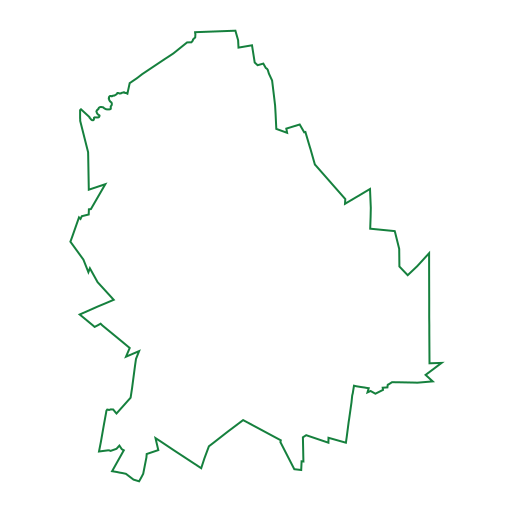 the district of Ures, Sonora, Mexico
{"feature_id": "50627088B76918192480292", "entity_name": "Ures", "entity_type": "district", "adm_level": 2, "iso_a3": "MEX", "parent_name": "Mexico", "parent_adm1": "Sonora", "projection": "robinson", "projection_center": [-110.452, 29.357], "detail": "fine", "context": "isolated", "style": "outline", "palette": "green", "viewbox_px": 512, "rotation_deg": 0, "n_neighbors": 0, "source": "geoboundaries", "source_scale": "gbopen_adm2", "svg_char_len": 4311}
<svg xmlns="http://www.w3.org/2000/svg" viewBox="0 0 512 512"><path d="M80.2,120.9L88.1,152.2L88.2,156.3L88.8,189.7L105.3,184.2L90.9,209.1L88.9,209.3L88.7,214.5L81.8,216.2L80.5,218.9L79.0,217.4L72.3,236.5L70.4,241.7L83.4,259.6L88.4,272.2L89.9,268.3L97.6,282.2L100.0,284.8L113.7,299.8L109.5,301.6L105.5,303.3L97.8,306.5L79.7,314.5L92.9,325.4L94.6,326.9L97.6,325.4L100.6,323.7L102.3,325.4L125.4,344.4L129.7,348.0L126.0,356.7L139.1,351.1L136.0,358.9L135.1,365.1L132.3,386.3L132.1,387.9L130.6,397.7L116.5,413.5L115.7,412.6L113.2,409.5L110.7,409.4L109.9,409.7L109.0,410.0L107.8,409.6L107.2,409.6L106.4,410.8L106.1,412.7L103.9,424.7L100.9,441.8L99.0,451.5L108.2,450.3L109.0,450.3L110.6,450.9L116.5,448.8L119.4,445.6L121.8,449.2L123.8,450.3L112.1,471.2L116.9,472.0L119.6,472.6L122.1,473.0L125.9,473.8L133.5,479.6L139.1,481.3L141.3,477.4L143.2,473.8L146.2,458.5L146.4,457.6L146.7,454.0L158.3,450.1L156.3,441.6L155.5,438.1L160.9,441.6L173.6,450.1L201.2,468.2L204.4,458.4L208.9,446.3L213.6,442.7L226.4,432.7L228.6,431.0L243.1,420.1L280.8,440.3L280.4,442.1L294.3,469.2L301.2,470.0L301.6,461.3L303.4,461.5L303.2,451.3L302.9,437.3L306.2,435.2L328.4,442.7L328.5,437.8L345.9,442.7L346.7,437.1L348.7,421.7L349.1,419.2L351.5,402.3L352.2,395.5L352.8,393.1L353.2,390.5L354.0,385.7L356.0,386.2L361.5,387.1L362.3,387.2L363.6,387.4L363.9,387.4L366.6,387.9L368.7,388.2L367.5,392.4L370.6,391.0L375.4,393.7L383.0,389.9L382.7,387.7L387.4,387.4L387.7,384.9L388.3,384.4L388.6,384.4L392.0,382.2L400.2,382.3L415.2,382.6L417.2,382.7L432.7,381.4L425.6,374.9L441.6,362.9L429.5,363.3L429.3,331.7L429.3,325.4L429.2,316.7L429.2,300.1L429.1,266.1L429.1,265.3L429.1,253.2L417.1,266.3L415.7,267.6L415.3,268.0L407.7,275.2L399.4,266.5L399.3,257.8L399.2,248.9L395.2,232.8L394.7,231.1L370.2,228.7L370.6,217.1L370.8,207.9L370.0,189.0L345.0,203.8L345.3,199.1L315.6,165.3L315.1,164.7L314.9,164.6L310.3,148.4L310.2,148.2L308.7,143.2L305.4,132.0L304.2,132.3L299.7,124.5L286.3,128.6L287.1,132.8L276.3,128.9L275.6,114.2L275.1,105.6L274.1,97.0L272.1,80.5L268.9,73.6L267.8,70.0L267.0,68.8L265.8,68.0L263.3,63.6L257.6,65.2L254.7,62.5L252.0,45.3L238.5,47.6L238.1,40.2L235.4,30.7L195.1,32.2L195.1,33.0L195.3,33.6L195.4,34.4L195.2,37.4L193.0,39.5L192.8,40.6L191.4,42.3L187.1,42.4L173.4,53.4L171.0,55.0L165.0,58.9L142.1,74.2L136.8,78.3L129.7,83.1L127.4,93.7L127.2,93.6L126.9,93.4L126.7,93.3L126.5,93.1L126.4,93.0L126.3,92.9L126.2,92.9L125.9,92.9L125.8,93.0L125.7,93.0L125.4,93.0L125.2,93.0L124.9,92.9L124.5,92.6L124.3,92.5L124.2,92.4L124.0,92.2L123.9,92.2L123.8,92.3L123.7,92.4L123.7,92.5L123.4,92.6L123.2,92.6L122.7,92.6L122.3,92.7L122.1,92.8L121.9,92.8L121.7,92.9L121.5,93.0L121.3,93.1L121.2,93.1L121.0,93.3L120.9,93.4L120.7,93.4L120.3,93.4L120.1,93.4L119.9,93.4L119.8,93.5L119.6,93.5L119.3,93.4L119.2,93.4L118.8,93.2L118.4,93.1L118.2,93.0L117.6,93.0L117.4,93.0L117.1,93.6L116.7,94.1L116.2,94.5L115.8,94.7L115.0,95.2L114.3,95.6L113.8,95.6L113.4,95.6L113.1,95.6L112.7,95.9L112.6,96.0L112.1,96.0L111.8,96.3L111.7,96.3L110.8,96.0L110.5,96.0L110.3,96.0L110.1,96.1L109.7,96.2L109.2,96.9L109.0,97.1L109.0,97.8L108.8,98.1L108.8,98.3L109.0,98.3L109.0,98.7L109.1,99.0L109.1,99.5L109.2,99.9L109.4,100.3L109.5,100.5L109.8,100.8L109.9,101.2L110.5,101.8L111.3,102.3L111.6,102.8L111.7,103.1L111.8,103.5L111.8,104.0L111.8,104.5L111.7,104.9L111.6,105.3L111.2,105.8L110.9,106.2L110.7,106.6L110.7,107.1L110.8,107.7L110.8,108.0L110.8,108.5L110.7,108.8L110.6,109.0L110.2,109.2L109.8,109.3L109.2,109.4L108.4,109.4L107.6,109.4L107.0,109.4L106.5,109.3L106.1,109.2L105.7,109.1L105.2,108.8L104.6,108.5L104.1,108.2L103.7,107.8L103.3,107.4L103.0,107.3L101.8,107.1L101.3,107.0L100.7,107.0L100.1,107.1L99.5,107.4L98.9,107.8L98.7,108.1L98.6,108.3L98.5,108.9L97.9,109.5L97.8,109.4L97.2,110.0L96.9,110.3L96.4,111.4L96.7,112.3L96.9,112.9L97.1,113.3L97.4,113.8L97.7,114.1L97.9,114.4L98.6,114.9L99.0,115.1L99.5,115.5L99.5,116.0L99.3,116.3L99.2,116.6L99.1,116.9L98.8,117.2L98.3,117.4L97.8,117.4L97.1,117.5L96.2,117.4L95.6,117.4L94.8,117.4L94.5,117.4L94.4,117.5L94.2,117.7L94.0,117.8L93.9,118.1L93.9,118.3L94.0,119.0L93.8,119.6L93.5,120.0L93.4,120.1L93.1,120.1L92.9,120.2L92.7,120.2L92.4,120.2L92.2,120.2L91.9,120.1L91.5,119.8L91.1,119.4L90.8,119.2L90.3,118.4L89.8,117.9L89.5,117.6L89.4,117.0L81.0,109.3L80.1,110.2L80.1,118.4L80.2,118.8L80.2,120.9Z" fill="none" stroke="#15803d" stroke-width="2"/></svg>